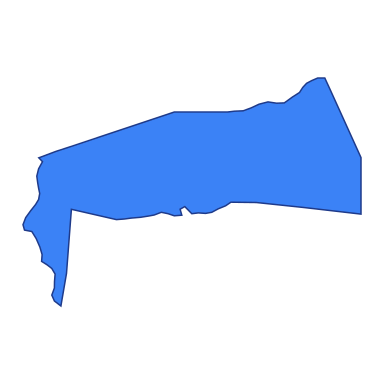 the district of Granjeiro, Ceará, Brazil
{"feature_id": "56859067B11059555749091", "entity_name": "Granjeiro", "entity_type": "district", "adm_level": 2, "iso_a3": "BRA", "parent_name": "Brazil", "parent_adm1": "Ceará", "projection": "mercator", "projection_center": [-39.273, -6.924], "detail": "fine", "context": "isolated", "style": "filled", "palette": "blue", "viewbox_px": 384, "rotation_deg": 0, "n_neighbors": 0, "source": "geoboundaries", "source_scale": "gbopen_adm2", "svg_char_len": 982}
<svg xmlns="http://www.w3.org/2000/svg" viewBox="0 0 384 384"><path d="M361.0,214.1L361.0,201.4L361.0,167.6L361.0,157.6L330.6,90.6L324.8,78.0L317.7,78.0L311.7,80.6L306.6,83.3L302.8,87.4L299.5,92.5L292.6,96.9L284.3,102.9L276.7,103.2L268.0,101.9L259.0,104.2L251.1,107.9L243.2,110.8L234.4,111.2L227.7,112.0L187.2,112.0L174.3,112.0L68.8,147.2L55.9,151.4L38.8,157.8L42.5,161.7L38.6,168.8L36.8,176.1L37.7,182.9L38.6,188.2L39.7,193.5L38.6,199.5L35.6,204.5L30.7,210.7L25.7,217.6L23.0,224.7L24.5,230.1L31.8,231.5L36.2,238.6L39.9,247.1L42.1,254.6L41.6,261.4L47.2,264.9L51.8,268.5L55.1,274.1L54.5,281.5L54.4,288.0L51.8,295.1L54.4,301.0L60.9,306.0L66.5,273.4L71.4,209.3L116.4,219.6L124.4,219.0L131.0,218.1L140.5,217.3L148.8,216.0L154.2,215.0L161.3,212.3L168.1,213.7L174.3,215.8L181.8,215.2L180.1,209.2L184.8,206.6L191.8,213.7L198.3,212.9L205.6,213.4L211.8,212.3L218.3,208.8L225.6,205.8L230.9,202.2L256.2,202.5L303.8,207.5L361.0,214.1Z" fill="#3b82f6" stroke="#1e3a8a" stroke-width="1.5"/></svg>